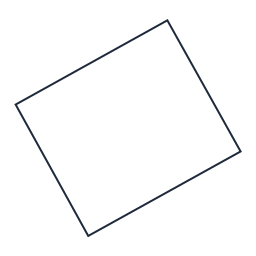 outline of Johnson, Nebraska, United States of America, rotated 331°
{"feature_id": "52423323B53057629068436", "entity_name": "Johnson", "entity_type": "district", "adm_level": 2, "iso_a3": "USA", "parent_name": "United States of America", "parent_adm1": "Nebraska", "projection": "albers", "projection_center": [-96.305, 40.393], "detail": "fine", "context": "isolated", "style": "outline", "palette": "slate", "viewbox_px": 256, "rotation_deg": 331, "n_neighbors": 0, "source": "geoboundaries", "source_scale": "gbopen_adm2", "svg_char_len": 221}
<svg xmlns="http://www.w3.org/2000/svg" viewBox="0 0 256 256"><g transform="rotate(331 128 128)"><path d="M40.9,203.1L215.1,203.1L214.6,52.9L41.1,53.0L40.9,203.1Z" fill="none" stroke="#1e293b" stroke-width="2"/></g></svg>